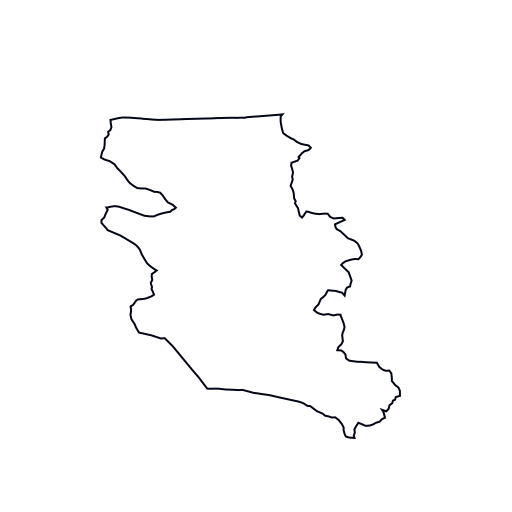 Chesumei, Rift Valley, Kenya (Equal Earth projection), rotated 292°
{"feature_id": "3690345B21695789916257", "entity_name": "Chesumei", "entity_type": "district", "adm_level": 2, "iso_a3": "KEN", "parent_name": "Kenya", "parent_adm1": "Rift Valley", "projection": "equal_earth", "projection_center": [35.097, 0.277], "detail": "fine", "context": "isolated", "style": "outline", "palette": "ink", "viewbox_px": 512, "rotation_deg": 292, "n_neighbors": 0, "source": "geoboundaries", "source_scale": "gbopen_adm2", "svg_char_len": 4933}
<svg xmlns="http://www.w3.org/2000/svg" viewBox="0 0 512 512"><g transform="rotate(292 256 256)"><path d="M332.2,76.6L330.0,73.5L327.7,70.1L324.5,71.7L321.3,73.7L318.2,73.8L315.7,72.4L313.4,73.9L310.7,73.3L308.5,71.8L305.7,72.8L302.7,73.9L298.9,74.9L295.0,74.4L291.8,74.8L289.2,75.3L288.7,79.2L289.1,85.1L288.0,90.6L285.6,94.2L284.2,97.6L282.8,100.5L281.3,103.7L279.8,106.1L279.1,107.0L278.2,108.4L277.4,109.7L276.2,112.2L275.1,116.6L274.5,120.7L275.8,124.7L277.2,128.3L277.5,132.8L277.4,137.6L278.4,140.4L278.8,143.4L277.3,146.7L274.6,150.6L272.7,154.2L272.3,159.4L270.8,163.6L268.9,162.7L267.0,160.8L264.7,159.8L263.9,158.2L263.0,156.8L261.0,153.9L259.3,151.7L257.5,149.5L254.5,146.5L253.0,142.9L251.5,137.4L251.3,130.5L251.2,125.1L251.1,120.2L250.7,115.7L250.4,110.5L249.3,106.3L247.5,103.2L247.0,102.4L245.6,100.5L244.9,99.1L243.3,101.2L240.8,101.0L237.9,100.8L234.9,100.9L231.4,99.3L228.8,100.3L227.0,103.9L225.2,107.6L224.4,108.7L224.3,114.6L224.2,122.2L223.4,127.9L222.7,132.1L222.1,136.1L221.4,139.7L220.9,141.2L219.9,143.4L218.3,146.0L214.7,149.5L211.5,153.6L208.4,157.8L207.0,161.5L206.0,165.5L205.3,169.3L204.5,168.7L203.3,168.2L200.3,166.2L198.0,166.9L194.9,168.8L191.5,168.5L189.8,169.9L188.3,171.2L186.3,171.5L184.0,174.0L181.9,175.9L180.0,174.6L178.5,173.3L177.8,172.5L175.1,169.5L173.2,166.2L172.5,164.7L171.5,162.8L169.8,161.6L168.9,161.4L167.7,161.1L164.7,160.4L162.2,158.6L159.9,160.1L157.7,160.9L154.3,161.7L150.6,164.3L147.6,168.8L144.8,171.5L141.2,176.1L142.2,182.4L143.3,189.0L143.9,198.8L145.6,202.1L141.3,212.3L126.4,239.8L121.9,248.5L114.8,260.4L115.3,262.1L116.3,264.6L116.8,265.7L117.3,266.8L118.4,269.6L119.0,271.1L119.6,273.5L119.9,274.5L120.2,275.5L120.9,278.0L122.5,282.4L123.1,284.1L123.7,285.9L125.3,290.4L126.9,293.9L127.1,296.2L127.3,297.3L127.4,298.4L127.7,300.7L128.0,303.5L128.2,305.1L129.4,309.6L130.2,313.3L131.2,317.1L131.9,320.0L132.4,322.8L133.1,327.3L133.8,331.9L134.5,335.7L135.2,339.8L136.0,344.6L136.7,348.4L137.1,351.5L137.2,353.4L137.2,355.1L136.3,359.8L137.1,362.2L136.9,363.6L136.1,366.3L135.7,367.8L134.9,370.9L134.9,374.2L134.8,377.0L133.8,379.9L134.4,383.0L134.7,386.9L136.1,389.9L134.9,394.1L132.4,398.5L129.8,401.5L127.5,402.4L125.2,404.0L123.3,405.7L122.3,407.0L122.6,410.6L124.2,415.5L125.9,414.0L129.6,413.7L132.0,412.2L135.7,412.6L139.7,413.4L139.7,416.9L139.6,421.4L141.5,425.1L143.8,427.7L146.3,429.7L148.7,432.7L151.9,433.9L154.4,436.2L156.6,434.5L158.7,433.0L160.6,430.4L160.8,435.0L164.0,436.2L167.6,435.7L170.7,437.5L173.2,437.1L174.9,438.8L177.5,438.4L180.3,441.9L184.9,439.9L187.4,437.3L188.5,433.4L191.0,428.8L194.1,427.5L197.9,425.4L199.7,422.4L198.2,419.5L198.1,416.0L199.3,411.9L202.3,408.1L200.8,403.8L198.7,397.8L197.3,393.2L195.9,389.6L194.9,385.8L193.9,381.6L194.8,377.9L198.2,375.8L199.6,373.3L200.4,370.6L199.1,366.7L200.7,366.6L202.0,366.5L203.3,366.9L205.7,368.0L206.9,368.3L209.5,368.5L212.0,367.1L214.8,365.6L217.5,365.1L220.1,365.2L223.3,364.7L225.7,363.0L226.4,362.5L228.1,361.0L229.6,359.5L230.6,358.6L232.4,356.9L233.2,356.4L232.2,353.4L229.9,350.0L229.2,344.7L226.8,340.6L226.4,337.5L226.3,334.1L227.6,330.0L228.6,330.1L231.2,330.6L234.4,332.1L238.0,332.1L240.5,332.2L243.0,333.7L246.1,335.0L249.2,335.2L251.3,335.7L252.2,338.9L253.5,343.2L253.8,346.5L254.2,349.6L252.5,353.0L255.5,352.4L258.1,351.8L260.8,352.2L263.0,354.6L265.7,354.1L269.0,353.9L272.4,350.9L275.6,348.1L277.6,343.1L279.6,338.3L282.3,339.4L284.8,341.2L286.8,343.7L288.8,346.3L290.4,349.1L291.4,352.2L294.5,353.3L296.8,353.7L300.1,351.6L303.1,348.6L305.7,345.6L307.0,341.3L306.9,334.5L308.8,329.8L310.6,325.0L311.1,320.9L312.5,318.9L315.0,317.4L322.7,324.7L323.4,323.0L323.9,321.9L319.9,314.0L320.0,310.2L322.1,306.6L320.5,302.7L318.5,298.9L317.3,294.6L316.8,291.6L316.7,290.1L316.7,288.5L316.1,286.0L314.4,285.6L312.6,285.3L311.8,285.2L308.9,284.3L309.8,281.5L312.6,279.4L316.0,277.1L319.4,272.4L321.8,272.2L323.8,269.7L326.3,268.5L329.2,266.9L331.7,264.7L334.0,261.8L337.6,261.6L340.7,261.4L343.2,259.7L347.2,259.1L350.2,257.0L352.9,254.7L355.8,254.0L356.6,255.0L357.9,256.4L359.4,258.2L360.1,258.9L363.0,259.6L363.7,258.4L366.1,259.3L368.5,260.1L371.4,261.8L373.6,264.7L375.9,266.0L376.9,266.3L377.7,264.5L378.2,263.3L377.6,260.3L376.8,256.0L377.1,251.0L378.1,247.6L378.3,244.0L378.9,239.8L380.1,235.2L384.2,232.0L386.6,230.5L389.3,228.8L392.0,227.6L394.8,226.6L397.2,227.4L395.7,224.6L392.7,218.6L389.6,212.4L386.2,205.6L384.4,201.8L381.5,196.0L380.3,194.1L379.7,193.4L379.4,192.4L379.0,191.1L377.7,188.3L376.7,186.0L376.3,184.8L375.7,183.3L374.5,180.3L373.5,178.0L372.9,176.6L372.5,175.7L370.7,171.6L369.3,168.3L366.7,162.7L364.6,157.8L361.0,149.5L355.9,137.8L354.0,133.7L351.3,127.5L348.0,120.1L347.4,118.7L346.9,117.5L346.1,115.7L345.3,113.7L344.9,112.5L344.4,110.9L343.9,109.5L342.4,104.4L341.1,100.6L340.8,99.4L340.4,97.7L339.4,94.7L337.6,89.1L337.0,87.1L336.3,85.3L335.4,82.9L335.0,81.9L334.2,80.0L332.2,76.6Z" fill="none" stroke="#020617" stroke-width="2"/></g></svg>